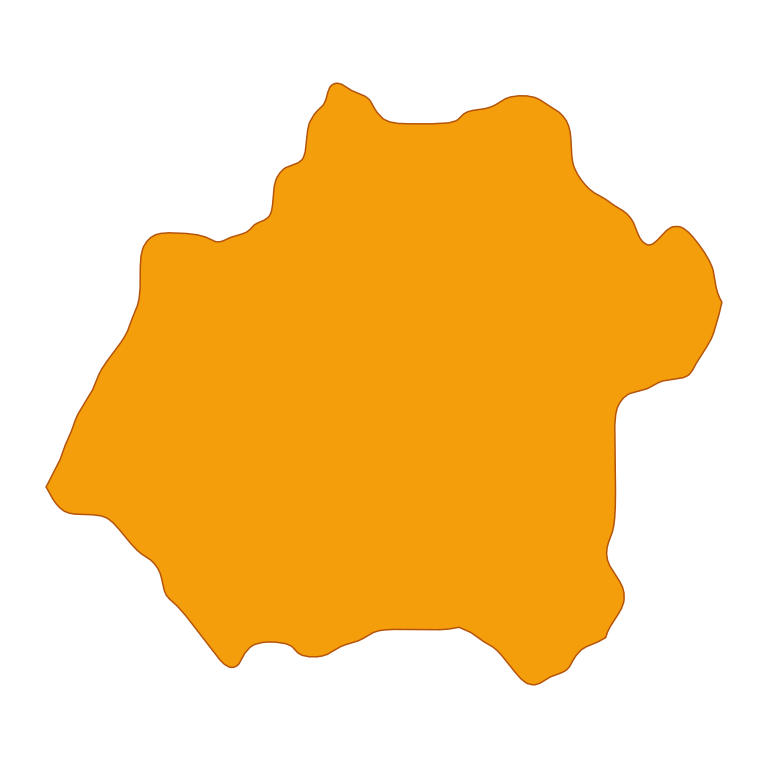 El Valle, Hato Mayor, Dominican Republic (Equal Earth projection)
{"feature_id": "3306468B49446780717545", "entity_name": "El Valle", "entity_type": "district", "adm_level": 2, "iso_a3": "DOM", "parent_name": "Dominican Republic", "parent_adm1": "Hato Mayor", "projection": "equal_earth", "projection_center": [-69.377, 18.943], "detail": "fine", "context": "isolated", "style": "filled", "palette": "amber", "viewbox_px": 768, "rotation_deg": 0, "n_neighbors": 0, "source": "geoboundaries", "source_scale": "gbopen_adm2", "svg_char_len": 3244}
<svg xmlns="http://www.w3.org/2000/svg" viewBox="0 0 768 768"><path d="M721.9,302.3L719.6,297.8L717.6,292.8L716.0,286.7L713.2,270.7L712.3,267.6L709.6,261.3L704.5,252.5L698.7,244.3L692.5,236.5L688.2,232.0L683.5,228.4L680.9,227.1L678.3,226.5L673.2,226.7L670.8,227.6L666.4,230.6L657.0,240.5L653.2,243.6L651.1,244.6L648.8,245.0L646.7,244.5L643.0,242.1L640.0,238.2L637.7,233.4L633.6,222.9L630.7,218.2L627.2,214.1L623.0,210.8L614.0,205.3L605.5,199.2L594.0,192.7L589.4,189.1L585.1,184.7L581.2,179.8L577.6,174.4L574.7,168.5L573.5,165.3L572.7,162.1L571.8,155.6L570.9,139.0L570.2,132.4L568.7,126.1L566.3,120.7L563.0,116.1L559.2,112.3L539.6,99.6L534.7,97.4L526.8,95.9L518.8,95.8L510.8,96.9L505.7,98.6L494.8,105.2L490.2,107.2L485.1,108.6L472.5,110.5L467.9,111.7L463.9,113.8L457.8,119.7L455.8,120.9L448.7,122.9L432.2,123.8L409.2,123.8L397.9,123.4L389.7,121.9L384.6,119.7L382.5,118.2L377.1,112.5L374.3,108.1L370.6,101.3L369.0,99.3L365.2,96.3L351.6,90.5L341.8,84.3L337.5,83.2L335.3,83.4L333.1,84.2L331.2,85.6L329.7,87.5L327.9,92.1L326.0,99.2L324.1,103.6L322.8,105.5L317.7,110.4L314.3,114.3L310.1,121.4L309.0,124.2L307.6,130.3L305.2,152.0L303.5,157.3L302.1,159.6L298.5,162.6L285.6,167.7L283.5,169.2L279.9,172.9L276.9,177.6L275.8,180.3L274.2,186.5L272.5,205.3L271.5,211.0L270.6,213.6L269.3,216.0L267.6,217.8L263.9,220.3L257.9,222.8L254.3,224.9L249.9,229.5L246.3,232.3L241.9,234.0L230.3,237.5L224.2,240.4L220.1,241.8L215.9,241.8L205.7,237.1L197.8,234.9L186.5,233.5L169.2,232.8L160.8,233.4L155.4,234.8L150.6,237.6L146.8,241.5L143.7,246.4L142.6,249.2L141.0,256.0L140.3,266.6L140.1,288.5L139.0,299.2L137.4,305.6L131.9,319.2L127.6,330.9L124.5,336.8L120.9,342.4L107.1,361.0L101.6,369.2L98.6,375.1L92.7,389.6L77.9,414.2L75.4,420.0L71.2,431.6L65.3,445.0L60.1,459.6L46.1,487.0L53.0,499.3L56.3,504.0L60.1,508.1L64.4,511.3L69.5,513.2L74.7,514.1L93.4,514.8L101.3,515.9L106.4,517.8L108.8,519.3L113.3,523.0L119.4,529.7L131.2,544.0L137.4,550.5L141.7,554.1L150.5,559.9L154.3,563.6L157.6,568.1L160.1,573.1L161.7,578.9L164.2,590.3L166.3,595.2L169.5,599.0L177.4,606.2L185.7,615.6L220.1,660.1L224.3,664.2L228.9,666.9L231.2,667.4L233.4,667.3L235.6,666.6L237.5,665.4L239.1,663.6L244.9,653.1L250.0,647.3L254.5,644.5L262.2,642.5L267.6,642.0L275.6,642.1L285.8,643.7L290.2,645.5L292.1,646.7L298.1,653.1L302.1,655.3L309.4,656.8L317.1,656.8L322.2,656.0L327.2,654.4L340.3,646.8L345.2,644.8L357.8,641.0L362.9,638.6L373.3,632.5L379.0,630.7L384.9,629.9L394.0,629.4L440.1,629.7L449.1,629.0L459.1,627.3L470.9,632.5L483.7,641.6L493.0,647.1L497.4,650.8L501.5,655.2L515.0,672.1L520.9,678.8L525.3,682.3L527.6,683.6L532.7,684.8L535.3,684.7L540.0,683.2L550.4,676.9L561.9,672.6L566.1,670.3L569.5,666.8L573.2,660.0L576.0,655.6L581.3,649.8L585.7,647.0L598.1,641.8L605.7,637.6L607.4,632.3L610.1,626.8L618.3,614.0L621.4,608.6L623.6,602.6L624.1,599.4L624.0,593.0L622.4,586.8L619.6,581.3L609.8,565.9L607.5,560.1L606.6,553.8L607.1,547.6L608.6,542.1L612.5,531.5L613.9,524.8L614.7,517.8L615.3,506.8L615.5,492.0L614.8,425.0L615.7,414.4L617.3,407.7L620.0,402.4L623.4,398.0L627.6,394.7L629.9,393.5L647.2,388.7L658.3,382.7L663.0,380.9L683.1,377.7L687.5,375.8L689.5,374.2L692.6,370.1L696.5,362.9L706.5,347.2L711.3,338.7L713.7,332.7L718.8,315.2L721.9,302.3Z" fill="#f59e0b" stroke="#b45309" stroke-width="1.5"/></svg>